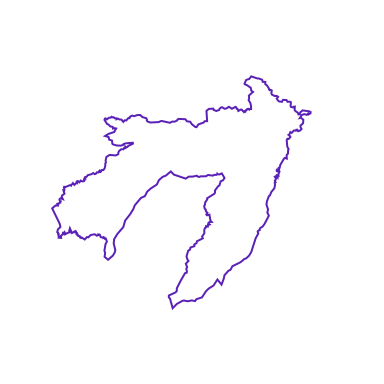 the district of Totutla, Veracruz, Mexico, rotated 157°
{"feature_id": "50627088B19738638241158", "entity_name": "Totutla", "entity_type": "district", "adm_level": 2, "iso_a3": "MEX", "parent_name": "Mexico", "parent_adm1": "Veracruz", "projection": "robinson", "projection_center": [-96.892, 19.232], "detail": "fine", "context": "isolated", "style": "outline", "palette": "violet", "viewbox_px": 384, "rotation_deg": 157, "n_neighbors": 0, "source": "geoboundaries", "source_scale": "gbopen_adm2", "svg_char_len": 6068}
<svg xmlns="http://www.w3.org/2000/svg" viewBox="0 0 384 384"><g transform="rotate(157 192 192)"><path d="M297.8,166.5L295.7,162.4L289.6,164.4L286.9,166.4L285.3,168.4L284.2,175.2L282.1,179.0L276.8,182.7L269.0,186.5L264.7,191.8L257.5,195.8L252.6,199.3L249.9,202.1L241.3,206.5L237.0,206.6L233.0,209.9L228.3,211.4L221.5,212.6L217.7,215.9L213.0,217.4L209.7,217.3L203.5,219.2L201.9,215.1L192.6,206.8L188.8,207.4L185.7,206.0L181.2,205.1L180.6,203.8L179.3,203.0L178.0,203.1L173.0,201.0L170.6,201.4L166.4,198.9L165.1,199.2L163.1,198.3L161.8,198.4L161.5,198.9L161.1,198.1L159.8,197.4L157.3,197.5L156.6,192.2L158.9,190.7L161.5,190.6L164.2,187.3L165.5,187.2L170.2,184.5L170.9,182.7L171.9,181.7L180.5,180.3L180.9,179.2L183.8,177.4L185.2,175.1L186.3,174.3L186.8,171.8L186.2,170.4L186.8,168.9L185.9,166.9L187.6,165.7L187.3,164.7L184.8,164.4L186.2,158.5L185.6,156.8L187.6,157.5L188.9,157.1L189.0,156.1L188.4,155.2L189.3,155.1L190.1,155.7L191.0,154.0L192.4,155.1L193.1,153.9L194.1,153.8L195.7,152.0L196.7,149.3L200.2,146.9L200.2,145.1L206.7,144.7L207.8,143.2L210.4,142.8L211.0,141.2L215.1,141.5L216.4,139.7L218.4,139.5L222.2,134.9L222.6,131.3L222.2,129.9L225.7,128.4L225.8,124.8L227.2,123.6L227.7,121.0L228.4,119.8L230.1,120.0L235.9,115.7L243.6,109.3L244.7,106.8L246.5,106.0L253.7,105.8L254.5,104.1L253.9,102.4L255.2,92.6L249.7,94.9L243.1,95.6L241.7,95.2L238.7,93.1L234.6,92.3L231.8,90.4L229.8,91.6L224.0,91.1L217.9,95.2L214.3,96.6L208.7,97.5L202.8,101.5L201.0,95.2L196.9,99.5L194.6,102.7L189.2,105.3L187.1,105.3L183.8,107.9L174.7,108.4L169.8,109.9L168.2,109.7L164.4,111.1L161.1,113.4L151.4,124.6L147.2,127.9L147.1,129.8L146.3,130.5L144.6,130.4L144.1,131.6L143.1,132.2L140.5,132.6L137.8,134.2L130.5,140.2L130.7,143.7L128.8,146.2L128.4,151.2L126.8,154.0L122.8,158.2L121.5,158.5L119.0,161.0L114.7,163.3L112.7,166.2L112.3,168.1L111.3,168.2L111.4,170.1L110.1,170.6L109.5,171.7L109.8,173.7L109.1,173.7L107.7,171.6L107.4,172.3L108.0,173.9L107.5,174.4L106.0,173.2L105.6,174.5L103.5,176.5L103.6,177.2L104.3,177.7L105.3,177.5L105.8,178.2L105.4,179.2L104.6,179.6L103.0,178.9L102.7,180.3L101.9,180.0L100.1,182.5L94.1,186.9L93.1,187.1L91.7,185.7L90.5,189.0L88.6,189.9L87.2,193.0L86.3,193.7L86.6,196.4L84.5,202.9L83.3,203.7L82.3,203.0L79.9,204.2L79.8,204.8L80.8,206.8L80.0,206.9L78.0,208.7L77.1,207.5L74.1,208.8L72.5,207.9L71.8,208.4L70.9,207.1L70.6,207.6L70.1,206.5L68.8,206.3L66.5,207.2L66.8,209.1L66.2,210.7L62.9,211.9L61.3,215.0L62.8,217.9L63.7,218.0L60.8,220.0L58.2,219.8L56.2,218.2L54.5,218.8L54.6,217.9L52.2,218.1L51.6,219.3L52.5,220.4L58.3,223.9L61.2,223.0L62.4,221.4L63.7,221.8L63.6,223.7L65.1,225.9L65.5,227.3L64.0,230.5L65.4,230.8L66.0,230.4L67.7,231.7L67.7,232.6L65.9,235.9L66.6,236.9L68.8,237.7L69.1,239.7L72.2,241.3L74.0,239.9L76.3,241.2L77.1,242.5L77.5,244.9L75.6,245.9L76.4,247.3L78.3,248.0L80.4,250.5L80.4,251.8L78.9,254.3L79.6,255.2L80.7,255.4L81.0,256.4L80.7,256.9L81.3,260.6L82.4,262.7L81.5,264.7L83.8,265.7L83.6,267.9L86.0,270.3L87.5,271.0L92.3,275.3L95.2,273.7L98.3,274.0L101.3,271.3L101.3,270.5L99.6,268.8L97.2,265.0L97.8,262.0L96.7,260.3L102.0,258.5L102.7,256.1L104.0,254.4L103.5,251.1L104.2,247.7L105.2,245.3L106.3,245.8L107.0,245.4L107.6,246.6L108.6,246.8L108.9,246.3L110.3,246.3L111.4,245.0L112.7,245.1L112.3,246.0L113.5,246.4L114.1,248.5L114.9,248.8L117.7,248.5L117.5,250.3L118.4,251.2L118.1,252.4L118.8,253.4L122.7,253.0L124.7,256.0L127.8,255.5L129.5,255.9L131.0,258.1L132.0,258.5L134.0,257.9L135.1,256.9L138.0,257.1L140.0,259.1L139.8,260.4L144.1,261.9L147.0,261.0L150.4,251.3L152.7,252.2L154.2,251.4L159.8,251.7L162.5,249.9L163.6,250.6L165.7,254.6L166.2,257.4L169.0,259.0L169.6,261.4L170.3,261.9L175.7,264.5L177.0,264.4L177.6,263.7L180.2,263.5L183.0,264.6L185.2,264.3L192.4,269.4L195.5,269.4L203.3,272.3L205.3,274.2L205.7,275.4L205.1,276.6L205.4,277.9L208.3,280.3L209.6,283.1L212.4,284.2L215.6,284.4L217.2,285.7L219.8,285.5L220.7,284.4L221.8,284.9L224.6,283.5L225.8,284.3L227.9,283.4L228.6,286.2L230.4,287.1L231.8,288.7L233.1,288.5L232.9,289.4L234.2,290.0L235.0,291.5L235.9,291.7L236.7,292.7L237.7,292.2L239.6,292.8L242.0,292.1L242.7,293.5L243.4,293.6L244.4,292.6L243.6,287.8L242.5,286.7L241.5,284.2L239.6,283.0L239.9,281.2L238.4,281.1L237.0,280.1L240.2,277.6L246.1,278.1L250.1,277.5L247.3,275.2L247.8,272.6L245.5,270.5L246.5,267.6L246.3,266.9L243.4,264.4L239.5,262.5L236.7,262.2L236.3,262.9L234.1,262.7L227.3,260.5L227.4,259.6L232.7,259.3L233.9,258.7L235.3,258.9L235.6,259.6L236.1,258.5L237.0,259.2L238.3,258.1L240.5,259.0L243.1,258.2L244.3,257.2L245.1,255.7L246.3,255.5L248.0,255.5L253.4,258.3L257.1,257.7L259.2,254.8L259.7,252.8L260.7,252.1L261.4,250.3L263.2,247.9L265.0,246.8L266.2,247.5L267.2,246.8L267.7,247.2L268.5,246.1L269.0,246.3L269.0,247.6L270.8,246.6L271.9,247.3L273.5,246.3L274.7,246.5L275.4,248.0L277.9,247.7L281.3,248.2L283.1,247.2L284.4,247.5L284.9,246.2L285.3,246.8L285.7,246.6L286.4,246.0L286.5,244.5L287.1,244.2L288.5,244.4L289.9,246.0L291.8,244.9L292.8,246.7L293.6,246.8L294.1,246.6L294.4,244.9L295.4,245.4L297.5,244.5L298.1,246.7L299.3,245.9L300.3,245.9L300.8,245.1L301.9,246.0L306.5,246.0L307.6,246.8L308.2,246.3L308.3,244.4L309.0,243.3L309.7,243.8L310.1,240.2L312.9,239.6L313.8,238.5L313.7,235.9L315.4,237.5L316.4,237.4L317.0,236.9L317.2,234.8L316.6,234.6L317.3,233.7L319.1,233.6L319.9,232.8L319.9,233.7L320.6,233.8L320.9,232.0L322.9,232.9L327.1,231.6L326.2,214.6L326.8,211.2L330.0,210.0L331.7,207.8L331.2,206.8L331.7,205.9L331.1,205.3L332.1,203.8L331.9,202.3L332.4,202.0L330.4,200.9L330.0,202.1L330.6,202.6L327.4,203.6L327.0,204.4L326.1,202.7L325.3,202.6L325.5,204.8L325.0,205.0L325.0,203.3L324.4,202.9L321.5,202.9L319.8,202.4L319.4,202.7L320.2,204.2L318.6,206.2L318.5,201.1L315.1,201.6L315.3,200.8L314.3,200.8L314.7,198.4L313.9,198.5L314.2,197.1L313.8,196.8L313.9,195.9L312.6,195.2L312.8,193.8L312.1,193.0L311.4,193.3L309.3,190.2L306.3,191.6L305.3,190.8L301.9,192.0L298.1,191.1L296.6,188.9L295.1,188.9L294.9,189.6L293.8,189.1L293.5,188.2L293.7,186.3L292.1,184.9L291.3,185.0L291.5,184.2L290.3,184.0L290.4,182.9L289.5,182.7L289.7,179.6L292.0,177.8L295.5,172.3L295.8,169.8L297.8,166.5Z" fill="none" stroke="#5b21b6" stroke-width="2"/></g></svg>